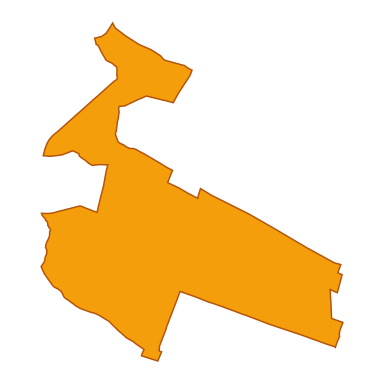 Cuapiaxtla de Madero, Puebla, Mexico
{"feature_id": "50627088B85656564862732", "entity_name": "Cuapiaxtla de Madero", "entity_type": "district", "adm_level": 2, "iso_a3": "MEX", "parent_name": "Mexico", "parent_adm1": "Puebla", "projection": "robinson", "projection_center": [-97.835, 18.928], "detail": "fine", "context": "isolated", "style": "filled", "palette": "amber", "viewbox_px": 384, "rotation_deg": 0, "n_neighbors": 0, "source": "geoboundaries", "source_scale": "gbopen_adm2", "svg_char_len": 4218}
<svg xmlns="http://www.w3.org/2000/svg" viewBox="0 0 384 384"><path d="M274.6,228.7L248.7,213.9L211.7,195.4L204.6,191.1L200.5,188.6L198.1,196.2L198.2,196.9L197.7,198.3L187.7,193.1L179.2,188.1L167.6,182.6L172.5,170.4L171.3,169.7L167.3,167.7L159.2,162.7L158.9,162.5L142.8,153.1L141.3,152.5L136.5,149.7L133.9,148.6L129.6,148.4L125.4,146.3L124.0,145.1L120.1,143.3L118.1,141.9L115.3,133.9L116.4,130.5L116.7,127.8L117.3,122.4L118.4,117.3L119.1,111.9L118.6,108.5L119.3,106.3L124.5,106.0L139.4,99.0L139.7,98.9L140.8,98.5L143.2,97.5L146.4,96.0L149.6,96.8L155.2,98.2L156.6,98.5L163.0,100.1L164.4,100.4L165.4,100.6L168.0,101.3L172.1,102.4L173.2,102.7L178.1,93.8L178.7,92.8L178.8,92.6L181.2,89.0L184.8,83.4L187.6,79.2L189.9,75.6L191.2,72.5L192.0,70.2L188.9,68.7L184.3,65.5L181.3,64.8L178.0,63.8L174.4,62.9L171.2,62.0L168.7,61.3L164.6,60.1L164.0,59.7L163.3,59.0L162.5,58.2L161.4,56.7L160.9,56.1L160.2,55.6L159.2,55.0L153.5,51.2L150.6,49.5L138.8,44.4L125.3,35.7L115.1,27.9L112.7,23.0L108.1,30.4L107.8,30.6L106.2,33.2L105.8,33.5L105.3,33.8L101.5,36.6L100.8,36.6L99.3,37.1L95.1,38.1L94.8,38.1L94.8,38.3L95.3,40.5L96.3,44.7L97.8,45.0L99.5,48.1L101.1,51.7L101.2,51.8L101.8,52.8L104.1,56.7L105.9,60.0L106.6,60.4L107.5,61.0L108.5,61.5L110.7,62.6L111.5,62.9L112.0,63.2L113.2,64.2L114.7,65.5L116.7,67.1L116.9,67.9L117.0,70.2L116.9,73.9L116.9,74.0L116.9,75.3L117.2,76.8L117.4,78.3L117.0,78.8L116.5,79.7L114.4,81.0L112.9,82.3L111.2,83.8L109.4,85.4L106.9,87.7L106.3,88.2L101.4,92.6L101.2,92.8L93.6,99.5L93.3,99.7L88.9,103.7L86.4,105.9L86.0,106.3L84.1,108.0L79.3,112.3L76.0,115.2L73.2,117.7L69.6,120.9L60.4,129.1L52.2,136.1L48.8,140.2L46.8,144.0L44.9,149.2L43.2,155.7L50.5,156.3L53.8,155.9L58.4,155.4L62.5,154.7L69.1,152.2L72.8,150.8L78.9,153.7L79.2,155.8L81.3,157.7L84.4,159.7L87.9,162.5L88.1,163.0L92.3,165.4L98.8,164.6L106.0,164.8L107.8,164.6L107.8,165.0L106.8,168.6L106.7,169.0L106.6,169.3L106.1,171.8L104.8,178.7L104.7,179.6L104.3,181.7L103.8,184.5L103.3,187.1L103.2,187.4L101.3,194.4L100.7,197.0L99.5,201.9L98.2,207.3L97.0,212.4L96.8,212.3L93.1,211.0L89.5,209.5L86.0,208.2L84.4,207.5L82.7,206.8L80.1,205.9L71.9,208.0L64.2,210.0L58.0,211.5L53.5,212.8L52.5,213.0L49.1,213.4L46.5,213.5L43.9,213.4L41.5,213.3L42.1,214.9L43.0,216.3L43.6,217.2L44.8,218.2L45.4,219.1L45.7,220.0L45.7,220.5L46.0,220.6L46.3,220.9L46.6,221.4L47.3,221.9L47.6,222.6L47.6,223.6L47.9,224.5L47.7,225.3L48.0,225.8L48.6,226.3L48.7,226.5L48.7,226.9L48.7,227.0L48.8,227.2L49.0,227.3L49.1,227.5L49.2,227.9L49.3,228.0L49.8,228.4L50.2,229.1L50.6,229.9L49.8,231.2L49.6,232.1L49.7,233.2L49.6,234.7L49.3,236.5L48.8,237.8L48.0,239.6L47.7,240.7L47.2,241.0L46.8,241.7L46.5,242.8L46.0,244.2L45.5,247.6L46.6,249.2L46.8,253.2L45.3,256.9L44.5,261.4L41.1,266.8L41.7,267.5L42.1,268.8L43.9,272.9L45.4,275.2L48.7,280.0L51.9,284.4L53.1,286.0L53.9,286.7L54.5,287.2L55.2,287.5L56.6,288.4L57.1,288.3L61.2,291.4L62.9,294.6L63.9,296.8L65.2,298.2L67.6,299.8L68.1,300.1L69.7,301.3L71.8,302.8L73.7,304.2L75.4,305.6L77.3,306.8L79.5,308.1L81.6,309.0L83.5,309.7L85.7,310.5L87.9,311.2L90.2,312.1L92.8,312.8L95.2,313.5L97.8,314.7L99.0,315.2L109.8,321.9L110.3,322.8L111.1,323.5L111.9,324.4L112.9,325.3L113.7,326.0L114.6,326.9L115.6,327.9L116.4,328.7L117.2,329.5L118.0,330.3L118.6,330.8L119.4,331.5L120.0,332.1L120.7,332.6L121.5,333.2L122.6,334.4L123.7,335.3L124.9,336.4L125.9,337.4L127.5,338.4L130.7,340.2L133.2,341.6L136.5,344.3L144.0,349.4L143.9,349.7L142.7,352.3L141.4,355.7L141.6,355.9L157.8,361.0L157.9,360.8L158.2,360.0L161.6,351.8L160.2,351.4L159.1,350.8L159.6,345.8L166.1,329.0L166.5,327.1L169.3,319.8L170.2,317.5L172.2,312.2L174.2,307.0L176.5,301.0L177.9,297.3L180.0,291.5L185.0,293.2L195.6,296.9L208.1,301.9L214.2,303.8L222.6,306.8L224.3,307.4L231.6,310.1L239.1,312.9L242.9,314.4L247.0,315.7L270.2,324.6L271.2,324.9L301.4,335.0L323.8,343.1L324.2,343.3L334.6,346.7L335.4,347.4L336.1,345.0L336.8,343.0L338.2,339.6L339.6,336.6L339.2,334.4L339.9,330.4L341.0,327.5L342.9,322.4L341.5,321.9L335.6,319.9L334.3,319.4L332.2,318.7L331.6,318.5L331.4,314.3L330.9,302.9L330.6,298.0L330.5,296.1L330.2,290.6L330.2,289.4L335.0,291.8L336.8,292.5L337.3,292.7L342.1,274.7L340.0,273.8L337.8,272.8L340.8,264.6L334.2,262.8L306.7,247.7L291.1,238.5L274.6,228.7Z" fill="#f59e0b" stroke="#b45309" stroke-width="1.5"/></svg>